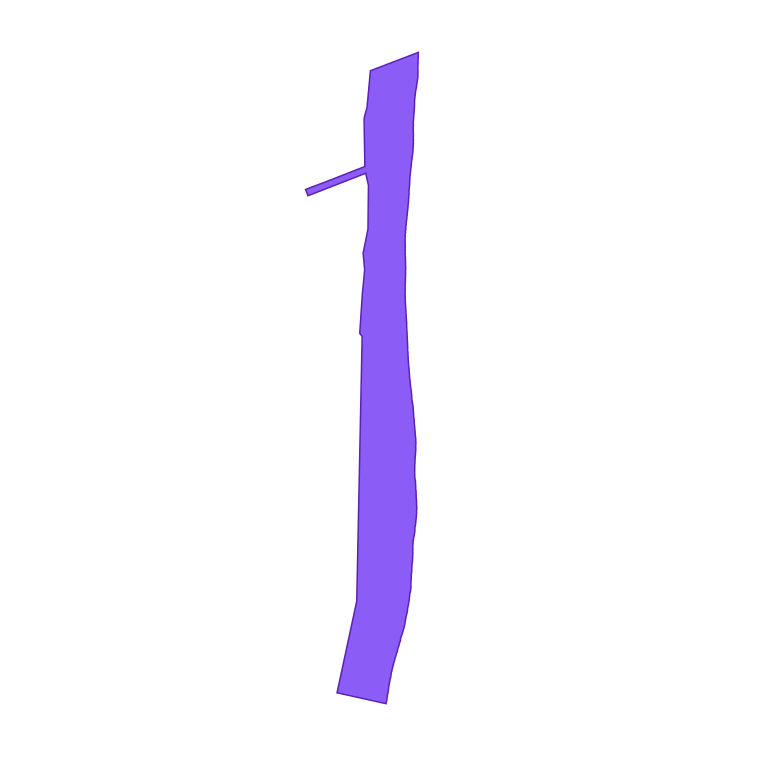 outline of Villa Gesell, Buenos Aires, Argentina, rotated 331°
{"feature_id": "61730980B33740437048301", "entity_name": "Villa Gesell", "entity_type": "district", "adm_level": 2, "iso_a3": "ARG", "parent_name": "Argentina", "parent_adm1": "Buenos Aires", "projection": "natural_earth1", "projection_center": [-57.039, -37.367], "detail": "fine", "context": "isolated", "style": "filled", "palette": "violet", "viewbox_px": 768, "rotation_deg": 331, "n_neighbors": 0, "source": "geoboundaries", "source_scale": "gbopen_adm2", "svg_char_len": 6135}
<svg xmlns="http://www.w3.org/2000/svg" viewBox="0 0 768 768"><g transform="rotate(331 384 384)"><path d="M524.0,103.4L503.3,133.8L496.9,140.3L495.0,142.6L472.7,184.5L431.7,179.0L409.7,175.8L408.8,182.5L470.2,190.8L466.7,202.7L445.1,240.7L429.2,259.4L422.4,274.8L407.8,296.1L387.3,328.0L388.0,331.7L254.8,560.8L193.2,631.3L230.8,664.6L231.6,663.5L232.9,662.3L233.5,661.5L234.0,660.6L235.9,658.2L236.1,657.6L237.5,656.4L237.7,656.0L238.5,655.2L238.6,654.9L239.2,654.3L239.8,653.1L240.3,652.6L241.4,651.1L242.1,650.3L242.4,649.8L242.9,649.3L243.3,648.5L244.3,647.7L244.7,647.0L245.5,646.2L245.9,645.5L246.7,644.8L248.1,643.3L249.5,641.2L250.2,640.5L250.6,639.8L251.6,639.0L252.8,637.4L254.0,636.4L254.9,635.2L255.1,635.1L255.2,634.7L255.9,634.3L256.7,633.5L257.1,632.9L257.7,632.4L257.8,632.2L258.1,631.9L258.4,631.7L258.6,631.4L258.9,631.2L259.1,630.8L260.0,630.2L260.4,629.5L260.9,629.0L261.1,628.9L261.6,628.5L261.9,628.1L262.3,627.8L262.6,627.4L263.3,626.8L263.4,626.6L264.5,625.5L265.2,625.1L266.2,624.2L267.0,623.0L267.6,622.4L268.0,621.8L268.9,621.2L269.0,621.0L269.2,620.9L269.7,620.6L270.6,619.6L270.9,619.2L271.7,618.5L272.3,617.7L273.2,617.2L273.4,616.8L273.9,616.4L274.2,616.2L275.0,614.7L275.4,614.4L275.6,614.1L276.3,613.6L278.2,611.9L279.8,610.3L281.0,609.2L282.5,607.6L282.8,607.4L284.0,606.1L285.3,604.7L286.2,603.7L286.5,603.1L287.2,602.4L288.3,600.8L289.0,600.2L289.3,599.6L290.0,599.0L290.3,598.3L290.8,597.9L291.0,597.6L292.9,595.7L293.5,594.9L294.1,594.3L294.9,593.2L295.5,592.2L296.1,591.5L296.5,590.9L298.4,588.9L299.2,587.7L300.6,586.1L301.4,585.1L301.9,584.2L302.3,583.7L302.5,583.2L304.0,581.4L304.5,580.4L305.6,579.3L306.4,578.5L306.5,578.1L307.3,577.4L307.7,576.4L308.2,576.0L309.0,574.9L309.5,574.1L310.3,572.3L311.3,570.8L311.4,570.5L311.9,569.9L312.4,568.9L313.0,568.2L313.2,567.6L313.9,566.7L314.2,565.9L314.7,565.2L315.0,564.5L316.2,563.0L317.8,560.8L318.6,559.2L320.4,556.6L320.5,556.0L320.7,555.8L320.8,555.6L322.3,553.8L323.5,552.0L324.7,549.9L325.0,549.7L325.0,549.3L325.5,548.8L326.0,547.8L326.7,546.9L327.4,545.7L328.0,544.2L328.3,543.9L329.5,541.9L330.8,539.4L332.1,537.6L332.5,536.8L332.8,536.5L333.2,535.7L333.7,535.2L335.8,532.4L336.9,531.3L337.3,530.6L338.3,529.5L338.7,528.9L339.2,528.4L340.3,526.6L340.9,525.4L341.4,524.6L343.2,522.6L343.5,522.0L344.6,520.7L345.1,519.6L345.6,519.1L346.3,518.0L346.6,517.7L347.8,516.1L348.2,515.3L348.7,514.6L349.3,513.5L350.0,512.6L351.3,510.1L351.8,509.6L353.1,507.3L354.5,504.3L354.6,504.1L355.1,503.1L355.5,502.7L356.0,501.3L356.4,500.7L357.2,498.7L358.0,497.4L358.2,496.7L358.9,495.4L359.1,495.2L359.2,494.8L359.6,494.4L359.9,493.5L360.4,492.6L360.5,492.0L361.6,489.7L362.1,489.0L362.3,488.4L362.7,487.8L363.4,486.0L364.4,484.4L365.4,481.1L365.7,480.8L366.6,478.6L367.2,477.9L367.4,477.3L368.0,476.1L368.2,475.9L369.9,472.8L370.5,471.9L371.3,470.2L372.6,468.5L372.8,467.8L373.2,467.2L373.6,466.8L374.9,464.4L375.3,464.0L375.7,463.2L376.2,462.6L378.3,459.4L378.5,459.2L378.8,458.5L379.0,458.3L380.0,456.8L381.9,453.2L382.7,452.1L383.1,451.3L384.0,449.7L384.3,448.9L385.0,447.8L387.0,442.9L388.2,440.6L389.2,438.1L389.9,436.7L390.1,436.0L390.7,434.9L391.0,434.0L393.1,429.7L394.1,427.1L395.1,425.1L395.7,423.7L396.2,422.9L396.6,421.8L396.9,421.3L397.3,420.2L397.9,419.2L399.2,416.0L400.3,412.7L400.9,411.1L401.7,409.4L402.3,408.1L402.9,407.1L403.7,405.0L404.5,403.4L405.0,401.8L405.4,400.8L405.7,399.8L406.4,398.4L407.0,396.7L407.4,395.9L407.8,395.0L408.6,393.3L409.8,390.2L410.7,388.4L411.6,386.3L411.9,385.8L412.8,383.7L413.4,382.7L414.3,380.3L415.3,378.1L415.7,377.2L416.2,376.4L416.8,374.8L418.1,372.4L418.7,370.9L420.3,368.0L421.2,365.7L422.6,363.3L423.2,361.9L423.6,361.3L424.1,360.0L424.8,359.0L425.4,357.5L426.0,356.3L426.4,355.4L427.0,354.5L427.6,353.0L429.1,350.2L429.6,348.9L430.3,347.6L430.4,347.3L433.8,340.8L434.3,339.6L435.2,337.8L435.4,337.2L436.9,334.2L437.0,333.7L438.3,331.4L439.4,328.9L441.2,325.2L441.3,325.0L441.6,324.3L441.9,323.8L443.2,321.0L444.2,319.3L444.5,318.6L445.6,316.6L446.1,315.5L446.7,314.6L447.8,312.5L448.8,311.0L449.3,309.8L450.0,308.4L451.2,306.7L451.5,306.0L452.2,305.1L453.4,302.9L454.5,301.2L456.2,298.2L456.7,297.5L456.9,296.8L457.4,296.1L457.8,295.3L459.4,292.7L460.5,290.4L461.7,288.3L462.0,287.6L462.6,286.7L463.0,285.6L464.3,283.3L464.7,281.9L465.5,280.9L465.9,280.0L466.3,279.3L466.9,277.9L467.6,277.1L468.0,276.0L468.8,275.0L469.1,274.1L469.4,273.8L469.5,273.3L470.3,272.4L470.9,270.7L471.6,269.8L471.9,269.1L472.4,268.2L473.0,266.9L473.9,265.8L474.8,263.7L476.4,261.9L476.9,260.6L477.4,260.0L478.0,259.4L478.5,258.6L478.7,257.9L479.2,257.4L480.1,256.0L480.8,255.2L481.4,254.0L481.8,253.5L482.5,252.5L483.8,251.0L485.4,248.4L486.4,247.3L486.7,246.6L487.0,246.3L487.8,245.0L488.1,244.7L488.3,244.3L488.9,243.6L489.4,242.7L490.0,242.1L491.9,239.0L492.7,238.1L492.8,237.8L493.6,236.8L494.6,235.1L495.0,234.4L495.7,233.5L496.2,232.6L496.6,232.1L497.0,231.3L498.0,230.1L498.7,228.5L501.6,224.2L502.0,223.4L502.5,223.0L502.7,222.7L503.6,221.1L504.4,219.8L504.7,219.1L505.7,217.8L507.1,215.4L507.9,214.3L509.8,211.6L510.7,210.5L511.3,209.4L512.0,208.5L513.0,207.1L513.4,206.7L514.1,205.4L515.2,204.0L516.4,202.2L517.9,200.4L518.5,199.5L518.6,199.2L519.3,198.4L521.5,195.4L521.9,194.9L523.5,192.3L523.7,191.9L524.4,191.0L525.3,189.4L525.7,188.9L526.7,187.3L527.0,186.3L527.5,185.8L527.9,185.1L528.8,183.2L529.1,182.7L529.2,182.4L529.8,181.7L530.6,180.2L532.0,177.4L532.6,176.3L532.9,175.6L533.6,174.7L534.0,173.6L534.5,173.2L535.1,171.8L535.8,170.9L536.4,169.3L536.8,168.9L537.2,168.2L537.7,167.6L538.6,166.2L539.4,164.8L540.0,164.0L540.8,162.7L541.3,162.1L541.4,161.8L541.8,161.4L542.8,159.8L543.2,159.2L543.6,158.6L543.8,158.3L544.2,157.5L544.6,157.1L546.1,154.5L546.5,154.0L547.4,152.1L547.9,151.5L548.3,150.6L548.6,150.2L549.0,149.8L549.3,149.2L550.8,147.2L551.8,145.8L552.5,144.9L553.0,144.0L553.7,143.3L554.4,142.2L555.6,140.9L556.4,140.1L557.0,139.0L557.6,138.3L558.4,137.3L558.6,136.9L560.2,135.0L560.8,134.0L561.6,133.2L564.0,129.3L564.3,128.6L564.5,128.4L566.9,123.8L569.4,119.8L570.6,117.5L573.5,112.9L573.9,112.0L574.8,110.6L524.0,103.4Z" fill="#8b5cf6" stroke="#5b21b6" stroke-width="1.5"/></g></svg>